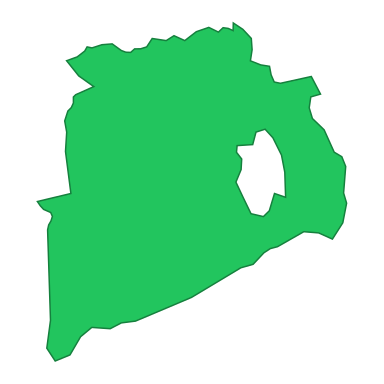 SVG path tracing the border of Veszprém
{"feature_id": "HUN-3158", "entity_name": "Veszprém", "entity_type": "County", "adm_level": 1, "iso_a3": "HUN", "parent_name": "Hungary", "parent_adm1": "", "projection": "albers", "projection_center": [17.661, 47.071], "detail": "fine", "context": "isolated", "style": "filled", "palette": "green", "viewbox_px": 384, "rotation_deg": 0, "n_neighbors": 0, "source": "natural_earth", "source_scale": "10m", "svg_char_len": 1274}
<svg xmlns="http://www.w3.org/2000/svg" viewBox="0 0 384 384"><path d="M311.3,76.5L320.5,94.1L310.8,96.9L309.2,107.8L312.4,118.5L324.1,129.8L334.2,152.2L341.8,156.7L345.7,166.5L343.6,193.0L346.6,203.2L342.8,222.8L332.4,239.1L318.6,232.9L303.8,231.7L277.5,246.7L270.3,248.6L263.9,252.8L253.1,264.3L240.8,267.8L191.5,297.4L135.5,321.1L121.3,322.9L110.2,328.7L91.8,327.4L80.6,336.7L70.0,354.9L55.2,361.0L46.8,348.2L50.5,320.3L47.6,229.9L48.7,224.9L51.0,220.9L52.4,216.4L50.7,212.5L43.6,209.4L40.3,205.8L37.4,201.5L70.9,193.5L65.5,151.5L66.7,132.2L64.7,120.9L67.9,111.0L71.3,107.6L73.4,103.0L73.4,97.0L75.7,94.7L93.8,86.6L78.7,75.9L66.6,60.7L77.2,56.9L84.7,51.1L87.1,46.9L92.0,47.9L102.0,44.7L112.2,43.9L121.3,50.5L125.8,52.2L130.7,52.4L134.6,48.9L140.6,48.8L146.7,46.9L152.2,38.5L166.2,40.6L174.0,35.7L184.8,40.6L196.3,31.7L208.8,27.4L218.4,32.1L223.1,27.7L228.2,28.4L233.1,30.6L233.3,23.0L242.8,29.3L251.3,38.4L252.1,49.7L250.4,60.8L260.7,64.9L269.5,66.3L271.1,74.8L274.2,82.0L280.4,83.3L311.3,76.5ZM285.6,197.3L284.8,172.3L281.5,155.1L272.9,137.8L265.1,129.2L256.0,132.1L252.7,144.6L237.1,145.6L236.5,152.3L241.7,159.0L241.1,169.6L235.9,182.1L243.1,197.4L251.0,213.7L263.4,216.6L269.3,210.8L274.5,193.5L285.6,197.3Z" fill="#22c55e" stroke="#15803d" stroke-width="1.5"/></svg>